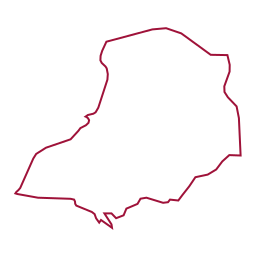 outline of Bulacan
{"feature_id": "PHL-2565", "entity_name": "Bulacan", "entity_type": "Province", "adm_level": 1, "iso_a3": "PHL", "parent_name": "Philippines", "parent_adm1": "", "projection": "orthographic", "projection_center": [120.991, 14.97], "detail": "fine", "context": "isolated", "style": "outline", "palette": "rose", "viewbox_px": 256, "rotation_deg": 0, "n_neighbors": 0, "source": "natural_earth", "source_scale": "10m", "svg_char_len": 1024}
<svg xmlns="http://www.w3.org/2000/svg" viewBox="0 0 256 256"><path d="M99.2,222.6L96.1,218.3L94.6,214.1L91.9,212.0L76.3,205.6L75.2,203.8L75.0,201.5L74.1,199.6L70.6,198.8L37.9,197.7L17.3,194.0L15.4,193.4L16.3,192.0L18.4,190.1L20.2,188.0L33.3,158.5L36.2,153.9L46.0,147.7L70.6,139.3L78.4,130.8L80.4,128.1L86.0,125.2L88.5,122.8L89.1,120.2L88.0,118.2L86.5,117.0L85.6,116.6L87.9,115.0L93.4,113.7L95.6,112.3L98.3,107.7L107.4,79.7L107.8,74.1L106.7,68.4L105.5,66.5L101.7,62.9L100.4,60.3L100.6,55.8L102.2,50.8L106.4,41.7L152.4,29.4L166.1,28.2L181.3,33.4L210.7,54.8L227.4,55.1L229.7,64.8L229.6,71.6L224.3,86.3L224.5,92.0L227.9,97.3L236.6,106.4L238.9,118.1L240.6,155.5L229.3,155.1L222.3,161.4L216.2,169.5L207.7,174.6L195.4,177.2L189.2,186.4L182.5,194.9L178.3,200.5L170.0,199.6L168.0,202.2L165.5,202.5L163.1,202.8L146.4,197.7L140.5,198.7L137.5,203.9L130.0,207.1L126.4,208.6L123.6,215.3L116.1,218.2L111.5,213.4L104.4,213.4L111.5,224.4L112.0,227.8L105.1,222.9L101.0,220.0L99.2,222.6Z" fill="none" stroke="#9f1239" stroke-width="2"/></svg>